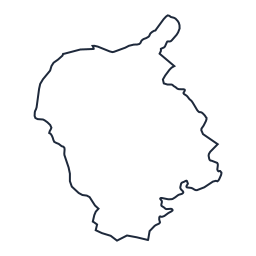 map outline of Bratislavský (Natural Earth projection)
{"feature_id": "SVK-1051", "entity_name": "Bratislavský", "entity_type": "Region", "adm_level": 1, "iso_a3": "SVK", "parent_name": "Slovakia", "parent_adm1": "", "projection": "natural_earth1", "projection_center": [17.27, 48.331], "detail": "fine", "context": "isolated", "style": "outline", "palette": "slate", "viewbox_px": 256, "rotation_deg": 0, "n_neighbors": 0, "source": "natural_earth", "source_scale": "10m", "svg_char_len": 3286}
<svg xmlns="http://www.w3.org/2000/svg" viewBox="0 0 256 256"><path d="M117.0,240.6L110.7,235.8L101.9,233.1L95.7,230.2L97.1,224.5L93.9,222.2L92.8,221.6L94.3,215.1L95.8,211.6L98.5,208.7L95.0,205.5L93.7,203.5L89.6,197.1L86.8,195.6L82.4,195.0L78.7,193.0L71.8,186.6L69.9,181.2L69.9,173.7L68.6,167.5L64.4,155.0L64.3,153.4L64.6,149.4L64.4,147.9L63.4,146.7L61.7,146.2L58.7,143.9L56.2,142.9L54.2,141.8L53.3,139.7L52.9,138.2L52.1,136.2L51.1,134.4L50.4,133.7L49.2,133.0L49.7,131.2L50.8,129.2L51.4,127.7L50.2,125.0L47.4,122.3L44.6,120.3L43.0,119.5L37.6,119.1L35.4,118.0L34.6,115.9L34.8,112.1L35.3,110.5L35.9,109.5L36.6,107.3L39.1,88.8L40.2,83.9L43.0,79.2L50.1,70.6L51.5,66.0L53.6,62.7L58.0,59.6L62.5,55.6L63.1,53.9L64.0,53.8L80.4,49.5L92.7,49.0L93.6,48.9L93.7,48.3L93.4,47.5L92.6,45.9L94.3,45.8L97.8,46.6L109.7,51.4L112.4,52.1L114.0,51.8L125.2,47.7L128.9,45.8L133.8,44.6L137.2,44.5L139.3,44.0L140.4,43.0L141.5,40.7L142.6,39.7L143.7,39.0L146.2,38.1L148.3,36.9L148.9,36.4L149.3,35.8L149.9,34.4L150.3,33.6L151.0,32.9L152.2,31.9L153.9,30.9L154.4,30.7L155.0,30.6L155.4,30.5L155.7,30.2L155.9,29.7L163.6,19.2L166.0,16.6L167.7,15.4L169.0,15.7L169.8,16.1L170.3,16.6L170.9,17.0L173.7,17.7L174.6,18.1L175.6,18.7L176.7,19.9L177.8,21.1L178.8,22.8L179.5,25.2L179.6,28.5L178.1,32.4L176.6,34.8L171.8,40.3L170.9,41.1L170.1,41.4L169.2,41.5L168.3,41.4L167.4,41.5L166.9,42.1L165.0,46.4L164.5,47.0L163.9,47.5L160.9,48.8L160.9,51.0L159.6,53.7L174.3,66.1L171.8,67.5L170.7,68.5L169.3,70.0L165.2,75.5L162.9,79.5L163.8,83.4L167.3,84.5L171.1,84.5L171.7,84.6L172.2,84.8L172.8,85.2L173.6,86.0L175.6,87.2L177.1,88.5L177.9,88.9L179.0,89.2L183.8,89.3L184.7,89.7L184.8,90.5L184.2,91.8L183.6,92.5L183.5,93.2L184.0,94.0L186.6,95.7L187.5,96.6L189.4,99.1L191.5,100.9L192.7,102.6L197.3,110.3L198.4,111.5L199.2,112.1L200.8,112.2L201.8,112.6L202.7,113.3L204.2,114.8L205.1,115.9L205.9,117.2L206.5,117.8L206.5,119.2L205.9,121.1L203.6,125.6L201.5,128.6L201.4,129.5L201.3,130.2L203.0,134.1L217.7,144.2L210.2,151.8L208.9,154.0L208.6,155.7L209.2,158.8L209.7,159.9L210.4,160.5L211.6,160.7L217.2,162.9L217.8,164.1L217.8,165.7L217.3,169.4L217.8,170.7L218.5,171.3L219.6,171.0L220.1,171.0L220.4,171.3L221.0,172.1L221.4,172.5L221.4,173.6L221.0,175.2L219.3,179.0L218.4,180.5L217.4,181.3L215.9,180.8L212.9,181.6L204.3,187.3L197.1,190.1L195.8,190.1L194.6,189.7L192.5,188.4L191.2,187.9L187.6,187.5L186.8,187.3L186.5,186.9L186.4,186.3L186.7,185.6L187.9,183.7L187.5,182.5L187.2,182.0L187.1,181.4L186.8,180.9L186.3,180.7L185.5,181.0L183.8,181.9L182.7,182.3L181.7,182.8L181.1,183.7L180.3,187.2L180.4,188.2L180.7,188.8L181.0,189.4L182.3,190.7L182.9,191.3L183.2,191.9L183.3,192.4L183.0,193.0L182.2,193.7L180.5,194.3L179.5,194.5L178.3,195.0L177.2,195.8L175.1,197.4L172.5,199.0L171.3,199.2L168.3,199.3L161.9,198.0L160.9,198.0L160.4,198.3L160.2,198.8L161.8,201.0L161.9,201.8L161.8,202.6L161.4,204.1L161.3,204.9L161.4,205.6L161.7,206.0L163.9,207.4L165.4,208.7L166.0,209.0L166.6,209.1L170.9,208.8L171.4,208.9L171.9,209.1L172.2,209.4L172.6,210.1L172.5,210.5L171.4,211.4L168.4,213.0L164.3,216.0L162.4,216.7L161.1,216.8L160.3,216.4L159.7,216.6L159.3,217.3L159.2,219.4L159.5,220.7L160.0,222.2L159.7,222.9L158.9,223.7L156.0,225.0L154.6,225.9L149.6,231.1L148.1,239.9L148.0,240.0L136.8,237.3L127.0,235.5L117.0,240.6Z" fill="none" stroke="#1e293b" stroke-width="2"/></svg>